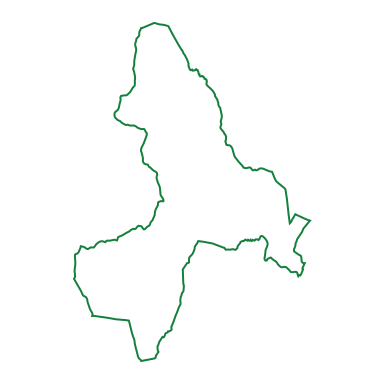 the district of Ninh Son, Ninh Thuận, Vietnam
{"feature_id": "81297802B88768197538102", "entity_name": "Ninh Son", "entity_type": "district", "adm_level": 2, "iso_a3": "VNM", "parent_name": "Vietnam", "parent_adm1": "Ninh Thuận", "projection": "equal_earth", "projection_center": [108.74, 11.71], "detail": "fine", "context": "isolated", "style": "outline", "palette": "green", "viewbox_px": 384, "rotation_deg": 0, "n_neighbors": 0, "source": "geoboundaries", "source_scale": "gbopen_adm2", "svg_char_len": 5965}
<svg xmlns="http://www.w3.org/2000/svg" viewBox="0 0 384 384"><path d="M141.2,28.0L140.9,28.8L139.9,30.6L139.5,31.6L139.3,32.7L139.2,35.0L139.0,35.7L138.7,36.3L136.4,38.8L136.2,40.6L135.4,42.9L135.2,43.9L135.2,45.3L136.1,48.4L136.2,50.5L135.3,54.5L134.6,58.8L134.3,60.9L134.2,65.3L133.1,68.8L134.1,71.8L135.0,76.5L135.1,78.3L134.8,80.6L134.9,83.2L134.7,85.4L134.5,85.9L132.7,87.8L130.3,91.9L129.4,92.9L128.8,93.2L127.5,94.7L126.5,95.3L124.0,95.4L121.2,95.9L120.8,96.2L120.3,97.6L120.6,99.0L120.5,100.6L119.5,104.4L119.1,106.6L118.6,108.4L117.9,109.8L114.9,112.4L114.5,113.6L114.5,115.7L114.7,116.6L115.3,117.7L117.5,119.8L118.2,120.3L120.1,121.1L121.8,122.8L125.2,124.8L126.2,125.0L127.5,124.7L128.1,124.8L129.6,125.5L133.6,125.5L134.3,125.6L135.7,126.2L137.5,127.7L141.1,129.1L143.7,129.0L144.2,129.1L144.6,129.5L145.8,132.0L146.5,132.7L146.8,133.3L146.7,135.0L146.0,137.3L143.7,143.4L141.5,147.7L141.0,149.9L141.1,151.4L141.9,153.4L142.9,158.0L142.9,161.4L143.4,162.5L144.3,163.6L145.8,164.3L147.7,164.6L148.0,164.9L148.9,166.7L149.3,167.0L150.3,167.5L151.3,168.6L153.2,170.3L155.7,171.8L156.5,172.4L156.9,173.0L157.2,174.5L156.8,176.2L156.6,177.3L156.6,178.2L156.8,179.1L157.7,182.1L159.6,186.5L160.0,188.5L160.5,194.3L160.8,195.4L162.9,198.5L163.5,200.2L163.5,200.8L163.2,201.3L161.2,201.1L160.3,201.3L158.3,202.2L158.1,202.7L157.9,205.2L155.6,209.6L154.9,212.2L154.7,215.1L152.5,220.2L150.6,222.4L150.0,224.4L149.2,225.7L147.4,226.6L145.1,228.9L144.5,229.3L143.9,229.4L143.4,229.1L141.6,226.5L141.2,226.2L138.6,225.8L137.6,226.4L135.7,228.7L134.7,229.1L133.7,228.8L133.2,228.9L131.1,229.8L129.3,231.4L126.5,232.8L122.0,235.5L118.5,236.9L117.9,237.6L117.4,239.7L116.9,240.5L114.5,239.7L109.9,240.7L107.2,240.6L106.3,241.0L105.4,242.2L102.3,241.2L100.4,241.4L98.7,242.3L97.2,243.4L95.8,244.8L94.8,246.4L93.5,247.5L90.6,247.4L88.5,248.8L87.9,249.0L86.9,248.9L84.7,247.4L83.4,246.8L80.8,246.2L80.3,248.3L78.5,252.4L77.2,253.6L75.4,254.3L75.0,254.9L74.9,257.0L75.3,261.4L75.3,264.5L74.6,270.0L74.6,271.2L75.1,276.2L74.8,277.5L74.0,278.8L81.0,291.0L83.0,295.4L84.4,296.3L85.7,296.9L86.2,297.4L87.2,299.3L87.6,302.1L89.5,307.7L90.1,309.3L92.4,313.4L92.5,314.2L92.2,316.0L94.1,315.9L107.6,317.8L116.0,319.3L125.6,320.1L128.9,320.6L132.1,333.5L133.5,337.7L134.4,339.9L134.8,343.7L135.9,348.4L136.8,351.5L137.7,355.3L138.2,357.1L139.1,358.5L140.7,360.0L141.2,361.0L152.7,358.8L154.6,358.4L155.5,357.9L156.0,355.5L158.5,351.9L157.9,351.1L157.4,346.8L158.4,344.6L159.2,342.0L162.2,337.3L162.7,336.9L163.4,337.3L164.0,337.1L164.7,335.8L165.4,333.6L165.7,333.2L167.6,332.4L168.1,331.3L168.7,331.5L171.1,330.3L171.4,329.9L171.6,329.3L171.3,327.1L173.3,322.2L175.5,316.0L177.5,311.2L178.8,307.5L180.1,305.0L180.5,304.1L180.6,302.7L180.3,301.1L180.3,299.9L180.7,297.1L181.4,295.6L181.8,293.7L182.1,292.9L183.1,291.8L183.5,290.9L183.9,285.7L183.3,283.6L182.8,269.4L187.1,263.1L188.3,262.9L189.1,262.4L188.9,259.4L189.3,257.5L190.0,256.6L192.5,254.0L194.1,250.4L194.6,248.9L194.7,247.6L194.9,246.6L195.6,245.4L197.4,243.0L198.2,241.1L203.0,241.7L212.6,243.5L223.7,247.7L224.4,247.8L225.6,249.6L226.1,249.7L227.8,249.5L229.9,249.7L232.4,249.2L233.6,249.3L235.3,249.9L237.0,248.5L237.5,247.7L237.6,246.2L240.1,243.2L240.5,242.0L242.0,241.2L242.7,241.0L243.7,241.1L244.1,240.5L244.6,240.4L245.4,239.6L246.5,240.3L247.3,240.2L247.8,240.6L248.1,240.3L248.6,240.3L248.6,240.1L249.3,240.6L249.7,240.7L250.3,240.1L250.4,240.6L251.2,240.8L251.5,240.6L251.8,240.9L252.5,239.9L253.1,240.3L253.9,240.1L254.6,240.6L255.8,239.3L257.1,239.5L257.6,239.4L258.1,239.8L258.2,239.5L259.2,239.5L260.6,236.3L261.8,236.0L262.7,236.3L263.6,237.0L265.5,239.0L266.7,240.8L267.4,242.5L267.7,244.2L267.2,246.1L265.7,249.9L265.4,251.3L265.4,252.7L264.5,258.5L264.7,259.6L265.1,260.3L265.5,260.6L266.7,260.6L267.3,259.2L267.7,258.9L270.2,257.6L271.1,257.7L271.9,258.7L273.8,260.2L276.1,261.6L277.0,262.7L278.0,264.5L280.1,266.5L281.0,267.1L281.8,267.3L284.6,266.8L285.5,267.0L286.4,267.4L288.5,269.3L290.9,272.1L293.0,272.2L295.1,271.8L296.5,272.0L297.3,272.9L297.8,275.1L298.3,276.3L299.2,275.1L300.0,275.4L300.1,274.9L300.8,274.7L301.2,274.0L303.1,269.3L302.9,269.0L302.5,268.9L302.5,268.0L304.8,263.1L303.7,263.1L303.3,263.3L301.9,261.9L301.6,261.0L301.3,257.0L300.8,255.8L300.2,255.4L298.8,254.7L294.2,251.5L293.9,250.3L294.1,249.0L295.2,246.5L295.4,245.5L295.5,244.0L295.8,242.9L296.2,242.3L297.1,239.4L297.6,238.5L302.2,231.7L302.9,229.7L303.8,228.1L310.0,220.6L307.7,219.9L303.0,217.9L295.3,214.3L291.8,220.3L290.9,222.2L289.8,223.3L288.7,215.3L286.9,198.8L285.5,189.7L285.2,189.1L284.3,188.0L276.7,181.8L276.0,180.9L274.9,178.9L272.1,171.9L269.1,171.2L263.2,168.7L261.8,168.4L259.6,168.5L257.3,170.1L256.7,170.3L256.0,170.3L255.4,169.8L254.8,169.7L253.4,170.4L252.8,170.3L252.2,169.8L250.8,168.0L249.9,167.5L249.3,167.4L246.1,168.2L243.6,167.7L242.6,166.1L238.1,161.1L235.2,157.3L234.4,156.0L232.4,148.8L231.8,147.5L230.6,146.0L230.0,145.6L229.2,145.3L226.8,145.0L226.4,144.7L226.2,144.3L225.4,141.3L225.4,140.9L226.0,139.8L226.1,136.7L225.2,134.5L224.7,134.2L223.4,131.7L221.1,129.1L220.5,128.1L220.4,127.2L221.4,123.9L220.8,122.0L220.8,121.3L221.1,119.7L221.7,118.0L221.8,115.5L220.2,108.0L220.0,107.5L219.0,106.4L218.7,105.9L218.3,104.1L218.3,103.0L217.5,100.6L217.5,99.9L215.1,96.2L214.9,95.4L214.9,94.4L214.7,94.0L212.9,91.0L210.3,88.3L208.4,86.7L206.7,84.8L206.4,84.2L206.6,82.4L206.8,81.9L206.9,81.3L206.5,80.3L206.4,79.7L206.0,79.5L206.0,79.3L205.5,78.9L204.6,78.9L204.4,78.0L204.2,77.8L203.9,77.2L203.6,77.1L203.2,76.6L202.8,76.6L202.6,76.1L201.6,76.0L201.0,76.4L200.0,76.3L199.1,74.7L199.4,74.3L198.7,74.0L198.4,72.0L198.0,71.3L197.6,70.1L196.8,70.0L196.2,69.2L195.7,69.4L195.3,70.2L195.1,70.3L192.7,70.6L192.3,69.6L191.7,69.7L191.0,70.2L190.6,70.2L189.8,69.4L188.5,65.9L188.5,63.3L187.2,59.8L184.7,54.8L183.7,53.8L182.1,50.1L181.6,49.8L178.8,45.3L172.7,34.5L168.3,26.1L163.9,24.9L159.0,24.3L155.2,23.1L154.1,23.0L142.0,28.1L141.2,28.0Z" fill="none" stroke="#15803d" stroke-width="2"/></svg>